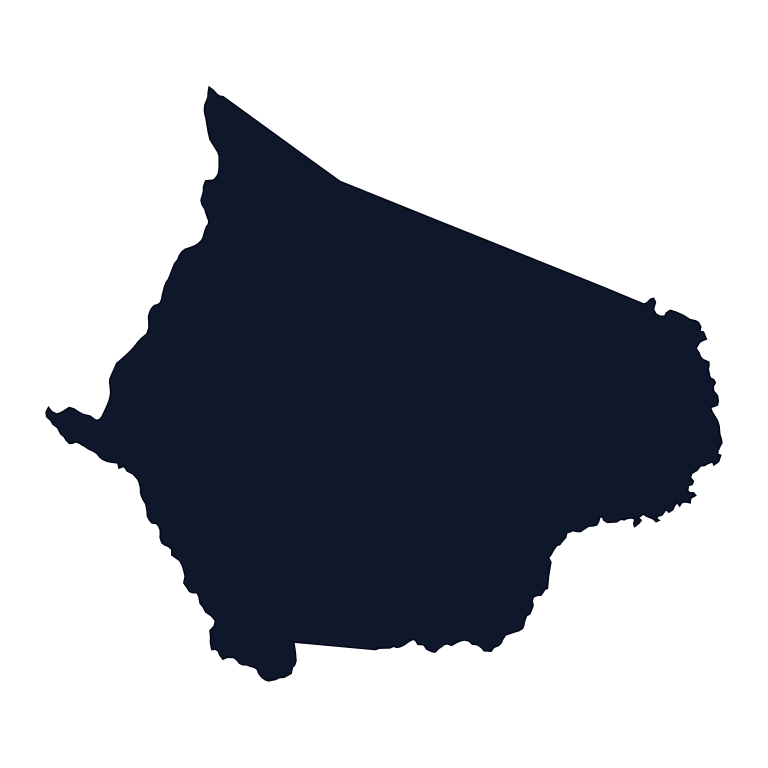 Terra Nova do Norte, Mato Grosso, Brazil (Robinson projection)
{"feature_id": "56859067B55158769259691", "entity_name": "Terra Nova do Norte", "entity_type": "district", "adm_level": 2, "iso_a3": "BRA", "parent_name": "Brazil", "parent_adm1": "Mato Grosso", "projection": "robinson", "projection_center": [-54.989, -10.486], "detail": "fine", "context": "isolated", "style": "filled", "palette": "ink", "viewbox_px": 768, "rotation_deg": 0, "n_neighbors": 0, "source": "geoboundaries", "source_scale": "gbopen_adm2", "svg_char_len": 4643}
<svg xmlns="http://www.w3.org/2000/svg" viewBox="0 0 768 768"><path d="M211.8,649.6L215.6,649.2L218.0,650.8L220.0,655.3L222.9,659.3L227.0,657.4L230.7,657.4L234.0,657.6L237.2,660.3L239.5,663.3L242.8,664.8L246.3,664.7L249.8,666.1L254.4,667.3L257.3,669.5L258.8,673.5L261.8,677.3L265.4,679.9L268.5,680.9L275.3,679.5L279.4,677.6L283.9,677.3L286.7,675.9L291.2,673.3L292.4,667.3L294.6,665.1L296.0,660.8L295.6,655.8L295.3,652.0L293.8,642.1L375.7,649.6L379.0,648.2L390.0,647.9L393.8,646.2L396.4,647.3L399.3,647.0L404.1,644.9L408.3,641.8L412.7,639.4L415.4,640.2L417.9,644.4L421.1,644.5L424.1,645.1L426.6,649.1L431.4,651.4L435.0,652.2L438.4,648.7L441.9,646.4L444.2,644.4L447.8,643.9L451.5,645.4L457.5,642.1L461.4,640.6L464.5,640.0L469.1,641.0L472.2,644.1L477.4,644.8L481.6,647.7L484.1,650.8L487.9,651.0L491.2,651.2L493.7,647.5L498.4,645.6L501.3,642.9L502.5,639.7L505.4,635.2L508.9,633.8L514.2,632.1L518.8,630.7L522.4,628.5L523.7,625.6L524.5,621.3L526.5,615.8L529.8,613.9L531.9,609.0L533.1,605.4L532.2,600.9L533.4,597.0L536.9,595.5L540.9,595.2L543.0,592.4L544.7,589.5L547.4,588.4L548.2,580.1L548.6,575.6L550.0,567.3L550.9,562.1L548.5,557.9L551.1,554.5L553.7,549.8L556.7,545.5L559.8,544.6L562.7,540.8L565.7,537.5L566.8,532.8L570.0,531.9L573.0,530.5L576.7,531.5L580.5,531.6L584.6,528.8L588.5,526.2L592.7,525.9L596.7,525.0L598.6,521.7L599.9,516.9L602.7,517.1L603.7,520.1L607.3,522.4L612.2,522.1L616.6,521.9L621.1,519.1L624.1,519.9L626.9,518.6L630.7,517.9L635.0,518.9L633.7,523.5L634.6,526.6L638.9,523.3L641.2,520.3L638.2,517.9L643.5,513.9L645.9,515.9L649.2,517.2L653.1,518.9L656.1,521.7L659.1,520.3L656.3,518.4L658.3,515.9L661.7,515.3L663.9,512.5L665.9,509.3L668.9,512.2L672.9,509.6L674.7,505.4L677.3,502.5L679.6,506.0L682.2,502.2L686.1,502.0L690.2,502.8L690.6,498.3L695.7,495.4L693.3,492.7L690.1,493.0L687.7,490.9L688.3,485.6L692.2,484.4L693.4,481.2L690.4,477.7L691.7,473.5L697.0,470.3L700.5,465.9L704.9,465.4L707.9,463.5L712.8,461.8L713.8,465.0L718.6,461.6L720.7,455.2L717.7,454.5L718.0,450.7L719.7,447.0L721.9,442.8L721.2,438.7L719.8,434.4L719.5,431.1L719.1,425.9L717.5,420.6L714.9,416.4L712.2,412.0L710.5,407.5L714.5,406.2L717.5,405.0L718.3,400.8L717.4,395.6L713.7,391.1L713.1,386.6L715.3,382.8L713.6,379.5L710.7,378.4L709.5,375.5L709.0,372.4L708.2,369.2L708.9,365.8L708.9,362.2L705.7,360.7L702.8,359.5L700.4,356.6L699.0,352.8L696.0,348.5L699.6,342.2L703.3,340.2L706.4,339.1L704.9,335.6L703.5,332.0L699.8,331.3L700.8,326.9L698.5,322.5L695.9,320.9L689.7,319.5L683.9,315.7L680.3,314.0L676.0,312.1L670.2,310.3L666.4,312.9L664.6,316.4L659.7,316.1L656.0,314.0L653.4,309.2L655.5,302.2L653.6,298.4L650.9,299.0L646.9,302.8L643.8,304.1L604.3,287.7L498.2,245.0L426.8,216.4L340.0,181.4L306.0,156.9L223.1,96.7L219.9,96.2L217.2,94.5L213.3,90.3L209.1,87.1L208.3,91.5L207.9,97.5L204.8,105.0L204.4,110.3L204.8,113.7L206.0,118.3L208.2,131.7L210.0,139.5L217.8,151.9L219.2,156.2L219.2,165.8L218.9,170.4L218.1,174.2L215.5,178.3L213.0,180.3L210.2,180.4L205.6,180.9L203.6,186.4L203.4,191.7L202.5,195.0L201.0,200.0L202.0,204.5L205.0,209.4L206.0,213.2L208.8,220.9L208.4,224.2L206.4,226.9L205.0,230.7L203.1,237.6L201.4,240.6L198.2,243.7L195.0,245.8L189.1,248.0L185.3,249.2L182.0,251.7L179.3,255.6L177.9,259.6L174.6,263.6L171.8,270.7L170.0,275.5L168.4,279.3L166.0,282.8L164.5,286.8L162.5,294.5L161.7,299.2L160.4,302.6L157.8,304.6L154.1,305.7L151.1,309.1L149.6,312.6L148.5,316.5L148.8,320.6L149.0,327.5L146.9,333.9L141.8,338.1L138.0,342.0L134.4,346.7L131.4,350.1L127.7,353.7L122.8,358.2L119.5,361.1L116.8,363.2L114.8,367.7L112.9,372.0L111.4,375.3L110.0,378.8L109.7,382.4L110.3,387.3L110.7,393.2L110.0,397.2L109.0,401.0L106.8,406.4L104.8,410.8L102.1,416.4L99.5,419.7L95.9,420.4L89.9,416.0L83.2,414.5L78.1,411.7L73.9,408.9L69.2,407.5L63.5,411.2L59.9,413.1L56.6,414.1L51.8,411.7L48.5,407.4L46.1,412.0L46.6,416.7L50.8,420.4L52.9,424.2L57.7,427.8L60.7,433.9L64.2,436.8L66.0,439.9L69.4,443.4L72.5,443.2L75.8,441.8L78.7,442.8L81.9,444.8L84.5,446.2L88.3,448.8L93.3,451.1L96.8,453.3L99.8,457.1L103.0,459.5L107.3,461.4L111.1,462.1L117.9,463.0L119.0,468.1L123.9,466.3L127.4,471.2L133.0,473.9L137.5,479.0L139.1,482.1L140.5,488.1L140.6,492.5L141.4,495.9L142.9,499.3L145.7,503.7L146.3,506.8L147.1,511.2L147.4,516.1L149.2,519.7L151.8,522.9L156.3,523.5L158.6,525.9L160.3,530.3L160.3,534.2L160.1,537.5L161.8,542.7L165.0,545.1L168.1,546.2L171.9,549.5L171.7,555.0L175.8,557.8L179.6,560.5L182.6,566.0L184.0,571.4L185.2,576.2L183.8,583.0L187.1,587.6L189.4,591.4L192.4,592.6L197.2,592.9L199.0,597.0L200.1,603.3L203.1,607.0L205.7,612.0L211.3,615.8L215.4,620.7L214.4,625.6L212.1,628.5L209.9,630.6L210.3,633.8L210.7,637.1L210.4,642.3L211.8,649.6Z" fill="#0f172a" stroke="#020617" stroke-width="1.5"/></svg>